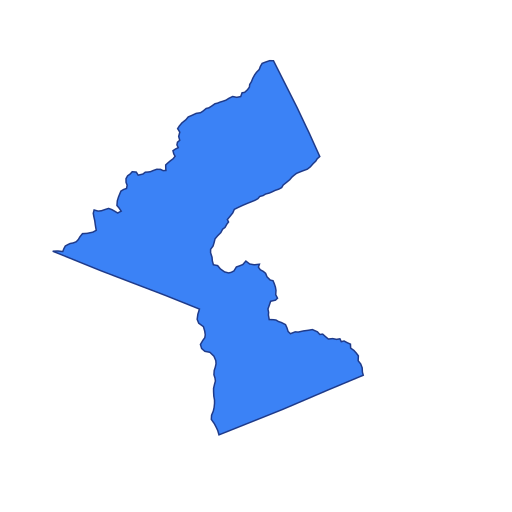 outline of Anapurus, Maranhão, Brazil, rotated 220°
{"feature_id": "56859067B68059886340931", "entity_name": "Anapurus", "entity_type": "district", "adm_level": 2, "iso_a3": "BRA", "parent_name": "Brazil", "parent_adm1": "Maranhão", "projection": "mercator", "projection_center": [-43.097, -3.562], "detail": "fine", "context": "isolated", "style": "filled", "palette": "blue", "viewbox_px": 512, "rotation_deg": 220, "n_neighbors": 0, "source": "geoboundaries", "source_scale": "gbopen_adm2", "svg_char_len": 3286}
<svg xmlns="http://www.w3.org/2000/svg" viewBox="0 0 512 512"><g transform="rotate(220 256 256)"><path d="M256.7,167.7L250.9,168.1L247.0,165.5L244.2,163.0L242.7,160.5L242.5,157.3L241.7,152.5L238.2,150.2L233.9,150.1L229.4,152.6L223.8,152.2L219.5,150.0L217.3,147.7L215.7,144.6L214.4,141.4L211.9,138.0L208.9,136.1L206.7,134.1L205.4,131.2L203.4,127.3L201.2,124.7L198.3,121.6L195.2,119.0L193.0,116.4L190.7,113.0L189.0,109.7L187.7,105.5L185.2,102.1L180.2,100.8L176.1,99.1L173.1,97.7L169.4,95.2L137.1,155.4L114.7,199.7L97.2,233.6L99.8,235.4L102.8,238.6L106.4,240.6L110.4,241.4L113.4,245.3L116.8,246.1L120.4,246.6L124.3,246.3L127.0,249.2L130.5,248.2L133.9,247.5L135.6,245.2L138.5,246.5L140.7,243.9L144.2,242.0L147.2,238.9L151.5,238.9L154.7,239.0L156.7,236.9L160.2,237.4L165.5,235.9L168.2,232.7L171.5,229.1L174.8,224.8L177.2,223.1L179.7,218.6L182.9,218.8L186.0,220.8L189.3,222.4L193.7,221.4L196.8,220.2L199.5,219.8L202.0,218.2L205.0,215.8L208.6,218.8L210.1,220.9L212.8,223.1L213.9,226.1L215.7,230.7L212.7,234.7L212.4,237.5L216.0,239.0L218.6,242.5L221.2,244.7L224.5,246.7L227.1,248.0L229.6,246.7L234.2,247.1L237.5,248.9L240.5,248.9L243.9,248.2L247.0,249.0L248.1,251.9L251.6,248.2L255.7,245.8L260.5,245.6L260.6,241.0L262.2,238.0L264.0,235.0L263.3,230.4L264.5,227.5L266.1,225.4L269.9,223.6L275.0,223.2L279.2,224.0L283.0,221.9L286.3,224.2L288.9,226.8L292.9,229.3L295.1,232.0L295.3,236.0L296.7,239.3L298.4,242.8L298.4,246.7L298.0,251.3L298.8,255.1L298.1,258.0L298.8,261.6L298.9,264.4L301.4,265.5L301.4,269.7L301.5,274.1L302.6,277.8L300.8,281.9L298.7,286.4L296.4,290.9L294.4,294.6L292.6,298.0L291.4,301.1L291.4,304.0L289.4,306.9L288.5,309.6L286.2,312.9L284.8,315.7L283.5,318.6L281.5,321.9L280.3,324.9L280.8,327.9L280.0,331.8L279.2,336.1L279.2,339.4L278.8,342.0L278.1,345.3L276.7,348.0L274.9,351.3L272.5,355.5L271.7,359.2L271.6,363.5L271.2,367.1L271.6,369.7L271.1,373.2L294.8,384.6L301.0,387.4L319.9,396.1L368.1,416.8L371.1,414.4L373.4,410.6L375.1,407.5L374.5,404.0L373.4,401.0L373.7,397.2L373.5,394.1L372.7,390.1L371.5,386.4L371.1,383.4L369.6,381.1L369.4,377.8L369.9,374.0L371.6,372.1L370.2,368.3L372.8,365.1L376.4,363.2L378.2,359.2L379.1,356.2L381.0,353.0L382.4,350.9L383.7,348.4L385.3,346.3L386.4,342.1L387.4,339.1L389.0,337.0L389.7,333.1L390.6,330.1L393.5,326.8L395.7,322.1L397.3,319.0L397.3,315.3L398.3,310.4L398.3,306.4L397.9,303.2L394.0,301.9L392.1,297.9L388.8,295.6L389.3,292.7L388.0,290.3L385.2,289.0L386.4,286.3L387.3,283.3L384.7,281.4L382.1,280.4L382.0,277.2L382.8,273.9L383.4,270.3L383.7,267.7L382.0,265.7L380.0,263.6L382.0,261.7L384.8,261.0L387.8,258.6L389.8,255.2L391.0,252.8L392.7,250.9L394.7,249.0L395.3,246.1L398.2,242.2L401.7,243.3L405.0,241.0L405.1,238.0L405.9,234.9L405.3,231.7L402.9,228.9L400.2,227.4L398.6,224.5L400.2,221.8L401.2,218.9L399.3,212.9L397.7,209.1L395.0,205.3L392.0,204.8L388.1,203.7L389.6,200.0L393.0,199.5L396.2,198.9L399.5,197.7L401.5,194.6L403.5,191.3L405.8,188.9L409.6,187.2L408.1,184.1L405.5,181.9L402.1,179.3L399.6,177.0L397.3,175.0L394.9,173.0L396.3,169.4L399.9,164.8L403.3,161.6L403.2,157.4L402.7,154.6L402.9,151.3L404.5,148.4L406.4,146.1L407.5,143.7L408.5,141.1L407.9,138.2L406.9,135.2L411.1,132.4L414.8,129.0L365.1,145.1L336.1,155.1L299.7,167.7L265.2,179.0L263.1,174.0L260.4,169.7L256.7,167.7Z" fill="#3b82f6" stroke="#1e3a8a" stroke-width="1.5"/></g></svg>